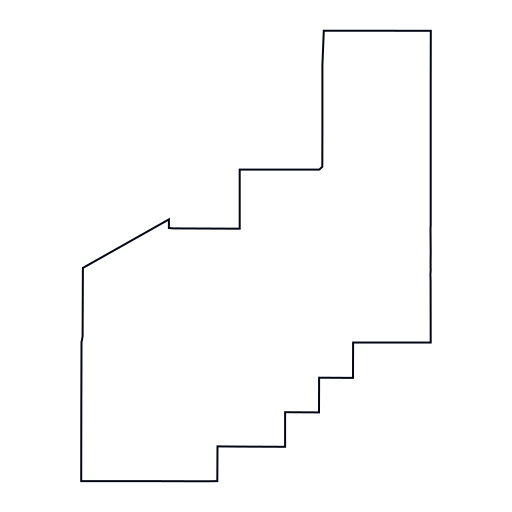 outline of Quay, New Mexico, United States of America
{"feature_id": "52423323B94362729193346", "entity_name": "Quay", "entity_type": "district", "adm_level": 2, "iso_a3": "USA", "parent_name": "United States of America", "parent_adm1": "New Mexico", "projection": "natural_earth1", "projection_center": [-103.459, 35.172], "detail": "fine", "context": "isolated", "style": "outline", "palette": "ink", "viewbox_px": 512, "rotation_deg": 0, "n_neighbors": 0, "source": "geoboundaries", "source_scale": "gbopen_adm2", "svg_char_len": 645}
<svg xmlns="http://www.w3.org/2000/svg" viewBox="0 0 512 512"><path d="M139.2,481.1L207.0,481.3L217.3,481.1L217.5,446.4L240.2,446.6L285.1,446.8L285.1,412.2L302.0,412.3L319.0,412.4L319.1,377.7L353.0,377.9L353.1,342.5L430.7,342.5L430.6,280.6L430.4,274.6L430.7,270.4L430.6,267.6L430.6,266.8L430.6,261.0L430.7,253.4L430.7,252.0L430.7,251.7L430.6,240.2L430.5,228.5L430.7,225.0L430.7,77.2L430.8,30.8L323.8,30.7L322.4,65.2L322.4,127.9L322.3,166.7L319.3,169.6L239.7,169.6L239.7,228.7L173.6,228.4L168.9,228.0L168.9,219.4L82.9,267.9L82.8,291.1L82.6,336.6L81.5,342.3L81.3,411.9L81.2,481.1L139.2,481.1Z" fill="none" stroke="#020617" stroke-width="2"/></svg>